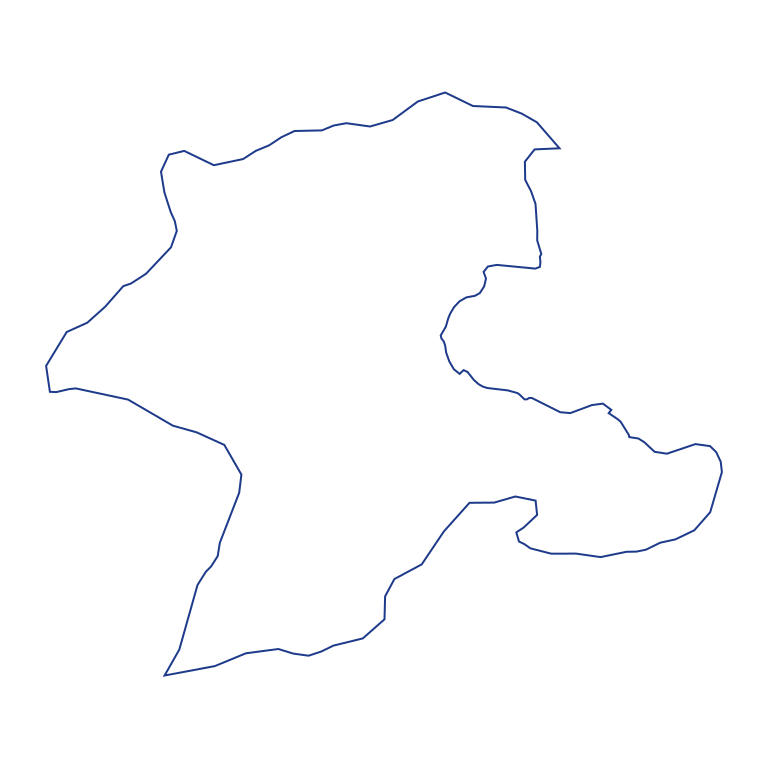 map outline of Malatya (Natural Earth projection)
{"feature_id": "TUR-2284", "entity_name": "Malatya", "entity_type": "Province", "adm_level": 1, "iso_a3": "TUR", "parent_name": "Turkey", "parent_adm1": "", "projection": "natural_earth1", "projection_center": [38.295, 38.485], "detail": "fine", "context": "isolated", "style": "outline", "palette": "blue", "viewbox_px": 768, "rotation_deg": 0, "n_neighbors": 0, "source": "natural_earth", "source_scale": "10m", "svg_char_len": 1907}
<svg xmlns="http://www.w3.org/2000/svg" viewBox="0 0 768 768"><path d="M370.1,126.5L392.7,120.0L417.8,101.5L445.1,92.5L472.9,106.0L506.0,107.5L521.9,113.7L536.9,122.3L559.5,148.3L534.6,149.4L524.9,161.7L525.2,179.9L531.1,191.3L535.5,203.9L537.3,230.8L537.2,240.4L541.3,254.0L539.9,256.6L540.4,262.4L539.9,266.9L535.3,268.6L496.8,264.9L487.9,266.5L483.6,271.9L486.0,278.6L484.1,286.5L479.8,293.1L475.0,295.8L466.3,297.4L459.4,301.4L454.0,307.2L450.1,313.8L448.2,318.5L445.9,326.5L440.7,335.5L441.5,338.6L443.7,341.3L445.1,345.4L446.2,352.7L449.3,361.4L453.9,369.3L459.7,373.9L463.6,370.1L467.6,372.0L473.8,379.9L478.5,384.1L482.8,386.6L487.3,388.0L507.8,390.4L517.2,393.0L518.9,394.0L524.6,399.4L527.0,399.3L529.1,398.0L531.7,397.9L560.2,412.2L570.3,413.1L591.8,405.1L602.9,403.6L611.3,409.9L608.7,413.1L617.8,419.3L620.7,421.8L628.8,434.9L629.3,437.1L638.4,438.5L644.3,442.2L654.6,451.8L666.9,453.7L695.4,444.1L710.0,446.1L716.2,452.1L720.7,461.7L721.9,472.1L710.2,512.2L694.3,530.3L675.3,539.4L660.2,542.7L645.9,549.7L636.5,551.6L626.4,551.8L600.6,557.1L576.0,553.6L551.3,553.7L530.3,548.3L524.7,544.3L519.0,541.5L516.3,532.4L523.6,527.6L537.1,514.9L535.6,500.6L515.3,496.5L494.2,502.6L469.5,502.8L443.9,531.4L421.7,564.4L394.4,579.0L385.1,596.4L384.5,619.3L362.8,638.4L333.4,645.6L321.1,651.6L308.5,655.7L293.3,653.6L278.3,649.0L245.9,653.3L214.8,666.1L164.6,675.5L179.3,649.6L197.5,585.0L205.8,571.8L211.2,566.3L217.7,556.1L219.8,542.9L239.2,492.7L241.4,474.6L224.3,444.9L196.8,432.4L172.9,425.7L128.1,399.6L75.8,388.4L69.1,389.1L56.3,392.1L49.9,391.8L46.1,365.9L66.7,332.0L87.3,322.7L105.2,306.7L123.2,286.2L131.0,283.5L146.1,273.7L171.0,247.3L176.8,230.9L174.8,221.1L170.7,212.0L164.4,192.4L161.0,171.7L168.8,154.7L184.2,150.9L213.8,165.2L243.2,159.0L255.7,150.9L269.0,145.4L281.4,137.2L294.5,131.0L321.8,130.4L333.8,125.5L346.4,123.2L370.1,126.5Z" fill="none" stroke="#1e3a8a" stroke-width="2"/></svg>